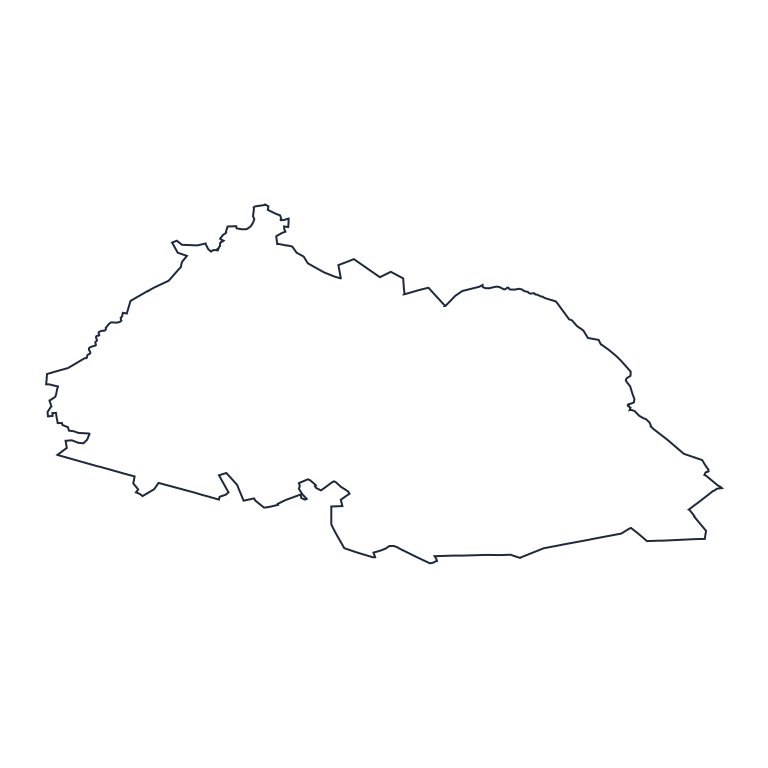 Lēdmanes pag., Lielvardes, Latvia
{"feature_id": "27541924B44390413631037", "entity_name": "Lēdmanes pag.", "entity_type": "district", "adm_level": 2, "iso_a3": "LVA", "parent_name": "Latvia", "parent_adm1": "Lielvardes", "projection": "robinson", "projection_center": [24.989, 56.772], "detail": "fine", "context": "isolated", "style": "outline", "palette": "slate", "viewbox_px": 768, "rotation_deg": 0, "n_neighbors": 0, "source": "geoboundaries", "source_scale": "gbopen_adm2", "svg_char_len": 5997}
<svg xmlns="http://www.w3.org/2000/svg" viewBox="0 0 768 768"><path d="M264.0,507.6L267.9,507.2L278.0,504.9L277.6,504.0L278.7,503.4L285.4,500.1L300.7,494.5L301.3,498.1L305.0,499.6L306.7,498.9L302.1,494.0L298.8,488.6L299.8,486.2L299.8,485.9L299.3,484.4L298.9,483.1L307.9,479.3L310.2,480.3L314.4,483.9L315.9,485.5L314.9,486.2L316.2,488.0L320.9,490.4L323.3,488.8L331.9,482.4L332.4,482.2L333.9,481.3L335.0,481.8L336.2,482.5L341.1,487.0L344.4,489.0L347.9,491.4L348.2,491.6L349.5,493.7L346.4,495.8L340.8,499.8L342.4,506.1L331.3,506.5L331.3,524.0L331.4,524.7L335.2,532.2L338.0,537.2L344.3,548.2L356.7,552.4L372.6,557.2L373.2,557.3L375.1,557.2L373.5,552.6L380.2,550.7L385.6,548.6L389.4,546.0L393.8,546.0L397.2,547.2L399.7,548.7L416.1,556.8L429.9,563.3L432.8,562.8L435.8,561.3L437.0,561.0L436.2,558.6L434.6,556.2L453.2,555.6L462.1,555.6L486.9,554.9L500.5,555.1L510.8,554.7L511.5,555.1L520.0,557.9L520.1,557.7L543.6,548.3L554.0,546.3L558.3,545.5L563.2,544.5L589.3,539.7L591.9,539.1L617.9,534.2L621.2,533.6L628.7,529.0L630.9,527.9L638.0,533.4L647.0,541.1L657.8,540.7L662.2,540.7L695.4,539.1L704.8,538.9L705.4,534.8L706.1,530.9L694.1,516.5L694.4,516.1L689.6,510.0L688.8,509.6L695.9,504.2L696.2,504.1L709.9,493.5L712.8,491.1L714.2,490.7L716.3,489.1L717.0,488.7L721.9,488.1L721.0,487.2L719.2,486.2L717.4,485.1L706.9,476.4L705.5,475.4L704.4,475.0L705.5,472.6L706.1,472.1L707.4,471.9L708.3,471.5L708.0,471.2L708.5,469.9L705.2,465.1L702.1,460.0L699.0,459.0L683.8,453.8L680.9,451.3L667.7,440.0L654.1,429.5L652.5,428.1L650.8,426.4L651.1,426.2L649.5,422.5L646.2,419.3L643.2,418.1L639.2,415.8L635.6,412.1L634.7,411.1L631.4,409.9L629.6,410.2L630.3,408.1L630.2,407.8L630.3,407.7L629.6,407.3L629.6,407.1L629.3,407.0L629.2,406.7L629.1,406.3L628.7,406.1L628.6,405.9L627.8,405.8L627.7,405.4L627.8,404.8L628.2,404.4L628.5,404.4L628.9,404.1L629.2,404.0L629.8,404.0L633.1,402.8L634.0,402.2L634.1,401.9L634.1,400.5L634.4,398.9L632.8,394.9L630.2,386.5L629.8,385.9L628.1,383.8L628.1,383.6L627.7,383.3L625.9,380.8L625.8,380.1L625.9,379.9L626.8,378.2L630.5,375.8L630.7,371.6L620.5,360.2L616.2,356.0L609.6,350.5L602.1,345.0L601.1,344.5L600.9,344.5L598.6,339.9L588.0,338.0L586.0,334.9L583.3,330.4L582.5,330.0L580.9,328.6L579.9,328.1L577.1,326.2L572.0,320.4L569.1,319.3L557.3,303.2L555.8,301.4L544.5,298.0L543.5,297.2L542.2,296.5L541.2,296.6L537.8,294.9L536.0,294.5L535.1,294.4L534.5,293.4L534.0,293.2L530.8,293.6L530.0,293.5L528.8,293.0L527.8,291.9L525.0,291.3L523.8,290.9L522.5,289.7L519.6,288.9L519.1,288.8L514.7,289.6L510.1,289.5L509.2,288.9L508.6,287.9L508.2,287.6L507.2,287.7L506.0,288.8L504.5,289.4L503.7,289.2L499.3,287.0L496.3,286.6L488.4,288.4L487.8,288.2L485.8,288.2L484.2,287.8L483.2,287.2L482.7,286.9L482.6,286.5L482.6,285.0L479.1,286.8L462.3,291.0L454.9,296.1L454.4,296.7L445.8,305.6L445.3,306.0L445.0,306.0L445.2,305.8L441.4,302.0L441.1,301.6L440.7,301.1L428.5,287.8L428.1,287.8L418.9,290.1L414.8,291.3L404.4,294.3L404.2,294.3L404.5,294.0L403.8,287.0L403.7,286.8L403.7,285.8L403.2,278.4L390.8,271.8L379.9,277.2L353.8,259.1L348.2,261.4L338.4,265.1L340.8,278.2L340.6,278.4L334.0,276.4L323.9,272.3L307.8,263.3L303.7,256.6L296.6,252.7L292.2,246.5L287.5,245.5L287.3,245.4L286.9,245.6L279.5,244.1L277.2,244.0L277.2,243.3L276.2,236.4L276.9,235.8L282.3,232.8L285.4,231.7L284.2,228.9L284.1,226.4L288.2,227.1L288.5,223.7L288.6,218.6L287.6,218.8L284.8,219.8L283.6,220.1L281.0,220.1L280.7,220.1L280.6,219.8L281.1,219.4L281.2,218.8L280.6,216.7L280.0,215.3L276.1,213.9L267.8,209.9L268.4,206.3L265.5,204.7L265.5,204.9L255.1,206.4L253.7,207.3L253.9,209.4L253.0,216.2L254.3,219.2L253.3,222.1L252.0,224.4L252.0,224.6L251.2,225.7L250.0,226.9L247.0,229.0L246.0,229.2L241.9,229.3L236.8,228.4L236.6,228.3L236.5,228.0L236.2,226.2L227.6,226.5L226.0,231.6L226.2,231.9L226.2,232.3L225.8,233.0L222.8,235.1L222.1,236.2L220.1,238.7L220.3,239.0L221.7,239.9L223.6,240.7L223.0,241.2L221.0,242.1L221.0,242.3L220.3,242.7L220.3,243.2L220.1,243.9L219.9,244.8L220.0,246.1L219.2,246.8L218.9,248.0L217.4,249.0L217.5,249.5L218.1,249.9L218.0,250.3L217.7,250.4L215.3,250.1L213.6,250.0L212.6,250.5L211.0,251.6L208.2,249.1L205.5,243.8L205.5,243.5L197.4,245.4L182.0,244.8L176.8,240.7L172.1,242.6L177.7,252.7L186.9,255.9L182.1,261.8L181.9,262.1L180.7,267.4L179.0,269.0L168.7,280.7L153.5,287.9L149.4,290.2L149.3,290.4L148.1,291.1L147.9,290.9L130.5,300.9L126.8,313.5L122.9,312.8L122.0,316.6L120.7,317.8L120.8,318.9L121.4,320.7L121.0,320.9L120.2,321.6L119.9,321.8L117.5,322.6L115.7,322.6L112.1,322.4L111.2,322.4L110.7,322.6L110.3,322.8L110.0,323.1L108.6,324.2L107.2,326.2L106.8,326.6L105.7,328.0L105.8,328.6L105.9,328.9L105.9,329.2L105.6,329.8L105.2,330.3L104.6,330.6L104.2,330.7L103.8,330.8L103.1,330.6L102.0,330.8L99.8,331.5L98.9,332.1L98.6,332.7L98.6,333.1L99.0,334.6L99.3,335.0L99.3,335.3L99.2,335.4L96.7,336.0L96.3,336.3L96.1,336.6L96.1,337.7L96.4,338.6L96.8,339.4L97.0,340.5L96.8,340.8L95.4,342.0L95.4,343.0L95.9,345.1L95.6,345.5L92.3,346.4L89.9,347.4L88.9,348.4L89.0,349.9L90.2,352.0L90.4,352.9L89.6,353.9L89.3,354.1L88.4,354.3L88.0,354.7L87.3,355.5L86.9,356.6L86.9,357.1L86.9,357.7L86.1,358.2L84.5,358.3L67.9,368.1L58.4,370.7L47.1,374.0L46.8,376.4L46.7,378.7L46.1,384.3L49.6,384.4L52.9,385.3L58.0,386.5L57.1,389.4L56.1,394.4L55.3,396.8L51.0,399.7L49.5,400.5L49.5,400.8L50.1,402.4L51.4,406.4L51.1,406.5L47.5,412.1L48.0,416.4L52.6,415.9L52.4,413.1L56.0,412.9L56.3,415.6L57.7,423.1L61.9,423.0L62.5,425.0L68.0,427.3L68.9,430.6L74.0,431.3L78.2,432.9L89.0,433.5L89.5,433.9L87.2,439.6L83.4,443.3L78.3,442.8L71.8,440.3L65.6,440.8L66.8,448.0L66.7,448.1L65.7,448.7L61.2,452.1L57.4,454.9L57.6,455.0L97.6,466.3L99.3,466.6L116.4,471.4L124.4,473.7L134.6,476.4L134.6,476.5L133.6,481.7L133.3,483.1L133.4,483.6L138.2,489.4L137.4,490.6L136.0,492.4L137.4,492.9L139.4,493.8L141.3,495.0L142.5,496.1L153.9,489.4L154.7,488.5L158.5,482.9L195.6,492.9L198.1,493.7L203.5,495.3L206.3,496.0L219.0,499.6L219.6,496.8L225.7,494.7L228.5,492.4L219.0,475.3L226.3,473.0L231.3,478.4L237.0,484.7L243.6,500.7L254.1,498.4L255.3,500.6L264.0,507.6Z" fill="none" stroke="#1e293b" stroke-width="2"/></svg>